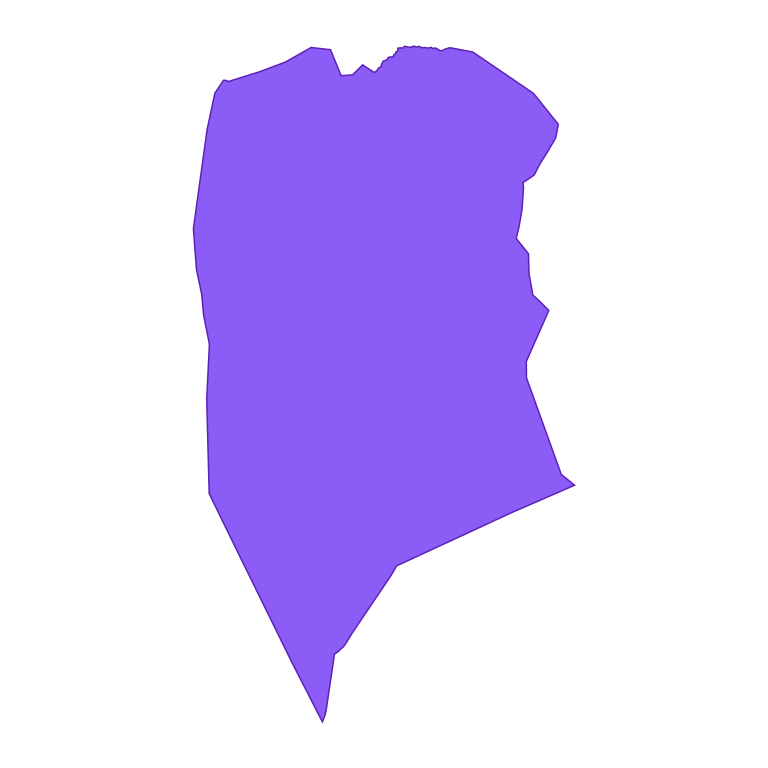 outline of San Vicente Nuñú, Oaxaca, Mexico
{"feature_id": "50627088B79032057291398", "entity_name": "San Vicente Nuñú", "entity_type": "district", "adm_level": 2, "iso_a3": "MEX", "parent_name": "Mexico", "parent_adm1": "Oaxaca", "projection": "orthographic", "projection_center": [-97.43, 17.42], "detail": "fine", "context": "isolated", "style": "filled", "palette": "violet", "viewbox_px": 768, "rotation_deg": 0, "n_neighbors": 0, "source": "geoboundaries", "source_scale": "gbopen_adm2", "svg_char_len": 1497}
<svg xmlns="http://www.w3.org/2000/svg" viewBox="0 0 768 768"><path d="M209.4,344.2L206.7,399.6L209.2,493.7L238.5,553.7L292.3,663.2L322.4,721.9L324.3,717.0L325.2,714.5L326.1,710.5L326.8,705.9L334.2,656.0L334.5,654.2L338.3,651.4L340.7,649.1L343.4,646.8L346.6,642.3L351.9,633.5L391.1,575.4L396.7,565.8L511.2,512.8L574.6,485.2L561.3,474.5L526.5,377.9L526.3,361.5L548.8,310.5L540.9,302.5L532.8,294.9L529.0,273.5L528.5,253.8L516.2,238.4L518.9,227.5L522.0,209.7L523.5,187.7L523.1,182.6L534.2,175.0L540.0,163.8L548.2,150.7L555.7,138.0L558.3,124.3L533.6,93.5L472.8,52.0L450.5,47.8L449.0,47.8L448.7,48.0L445.0,49.2L443.9,49.8L442.3,50.6L439.8,50.6L438.2,49.3L437.1,49.2L436.8,48.7L435.6,48.0L433.6,48.3L432.7,48.5L431.0,47.3L429.5,47.8L427.6,48.0L426.7,48.0L425.1,47.4L423.6,47.9L422.6,47.5L421.4,47.6L419.1,46.4L418.3,46.4L416.6,47.2L414.7,46.4L413.8,46.1L413.1,46.6L411.6,46.8L409.7,47.5L405.4,46.3L404.1,46.6L402.8,48.2L401.0,47.8L399.9,48.0L398.0,48.0L397.7,48.6L398.2,49.7L397.3,51.3L396.9,51.8L396.0,51.9L395.5,53.7L394.2,54.5L393.4,55.8L393.1,56.8L389.7,57.1L388.4,57.3L387.9,58.3L386.8,59.9L384.2,60.7L383.0,61.3L382.4,62.8L381.4,64.4L381.5,65.0L381.1,66.4L380.8,67.0L380.3,67.3L379.0,67.6L378.3,68.3L378.1,69.0L376.8,70.6L374.5,72.4L374.2,72.4L362.6,64.9L352.6,74.9L341.2,75.7L330.5,49.7L311.1,47.5L285.3,62.1L259.4,71.8L227.8,81.7L226.8,80.5L223.5,80.3L214.9,93.2L207.1,129.5L193.4,228.7L196.5,269.8L201.7,294.2L203.6,315.0L209.4,344.2Z" fill="#8b5cf6" stroke="#5b21b6" stroke-width="1.5"/></svg>